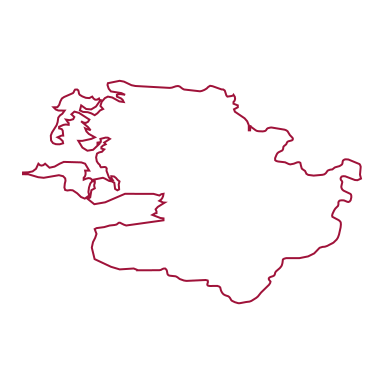 SVG path tracing the border of Mayo
{"feature_id": "IRL-714", "entity_name": "Mayo", "entity_type": "County", "adm_level": 1, "iso_a3": "IRL", "parent_name": "Ireland", "parent_adm1": "", "projection": "natural_earth1", "projection_center": [-9.466, 53.907], "detail": "fine", "context": "isolated", "style": "outline", "palette": "rose", "viewbox_px": 384, "rotation_deg": 0, "n_neighbors": 0, "source": "natural_earth", "source_scale": "10m", "svg_char_len": 5895}
<svg xmlns="http://www.w3.org/2000/svg" viewBox="0 0 384 384"><path d="M137.2,270.3L137.2,269.9L133.7,268.5L119.7,269.4L111.0,266.8L94.6,259.1L91.8,247.6L93.0,242.1L95.2,237.8L96.5,233.9L94.7,229.1L96.6,228.1L104.2,227.1L109.7,225.5L114.5,225.0L116.6,224.5L118.7,222.8L119.9,222.7L123.9,224.7L126.2,225.5L163.5,220.3L163.5,218.4L160.4,218.0L152.4,214.9L155.2,213.3L156.5,213.1L156.5,211.4L155.6,209.3L157.8,206.9L164.7,202.6L163.1,202.5L159.4,200.8L161.0,199.7L162.2,198.2L163.1,196.1L163.5,193.8L161.3,194.2L159.4,195.5L153.6,193.9L125.0,193.8L105.2,202.3L94.3,204.2L87.7,198.9L90.2,197.4L91.4,190.2L94.8,188.3L94.2,186.0L94.2,184.8L94.8,183.0L94.8,181.4L93.3,181.4L93.3,179.7L102.9,177.8L104.7,178.5L109.1,180.9L111.9,181.4L114.3,182.8L115.1,188.9L117.4,190.3L119.1,189.4L119.0,187.3L118.7,184.5L119.5,181.4L117.6,179.9L116.0,178.0L114.1,176.5L111.3,176.2L111.3,177.8L112.5,179.7L110.2,179.1L108.9,177.2L106.5,170.8L106.7,168.4L105.7,167.2L104.4,167.0L101.0,167.3L100.3,166.4L99.7,164.8L98.2,163.4L96.8,161.3L96.1,157.4L97.0,153.6L99.2,152.4L101.9,151.8L104.2,149.4L101.4,148.5L101.4,147.0L103.1,145.5L105.7,144.3L104.2,142.6L109.9,138.9L107.9,137.7L105.6,137.6L100.4,138.9L100.9,141.0L100.7,142.0L99.6,142.3L97.5,142.6L97.5,144.3L98.9,144.3L93.1,149.8L87.4,150.7L82.4,147.6L78.3,140.8L82.2,140.9L91.3,138.9L94.9,137.3L88.8,133.9L86.4,131.4L85.2,128.4L86.5,129.0L89.3,129.7L90.6,130.3L88.1,127.2L81.1,121.3L83.8,122.7L86.2,122.8L88.1,121.7L89.4,119.6L79.0,112.9L74.4,111.6L71.4,114.3L74.3,117.0L73.2,119.2L69.8,120.2L66.0,119.6L67.8,122.2L68.7,123.1L68.7,124.8L65.8,124.5L63.4,124.9L59.1,126.8L59.1,128.4L61.7,129.1L62.7,130.6L63.2,135.6L61.5,135.6L57.6,137.3L60.2,138.7L62.7,141.1L63.1,143.3L59.7,144.3L55.9,144.2L53.0,143.1L51.1,140.5L50.8,135.6L52.0,132.5L56.6,125.2L57.6,122.2L58.3,117.6L60.0,115.4L62.3,113.8L64.6,110.6L58.3,110.5L55.8,109.5L53.6,107.3L57.4,107.2L59.2,104.9L60.3,101.5L61.9,98.5L64.1,97.0L73.0,93.1L73.8,92.0L74.3,90.7L75.1,89.6L77.1,89.5L78.3,90.4L78.7,91.9L79.0,93.6L79.7,94.8L82.3,96.4L85.8,97.8L89.3,98.1L92.2,96.6L93.6,98.6L95.2,99.7L97.0,99.7L99.0,98.5L99.3,99.3L99.3,99.7L99.5,99.9L100.5,100.1L96.0,106.5L91.2,109.4L86.2,109.0L81.2,105.4L79.9,110.4L83.0,111.9L87.8,112.2L91.4,113.4L94.7,115.2L97.4,113.3L100.1,110.4L103.1,109.0L100.4,105.9L101.7,101.8L104.9,98.1L107.9,96.6L112.3,97.5L119.3,101.4L123.7,102.0L122.6,99.8L121.0,98.4L116.9,96.6L116.9,94.8L118.9,94.2L120.7,94.1L125.1,94.8L121.4,93.1L110.9,91.4L108.7,88.7L107.5,85.0L107.9,83.2L119.7,80.8L123.9,81.6L131.5,85.2L135.4,86.0L169.8,87.9L172.0,87.6L175.8,86.3L178.0,86.0L179.7,86.5L182.5,88.7L184.1,89.5L200.0,91.3L201.9,90.9L204.4,89.9L206.7,88.5L208.2,87.0L210.1,85.8L212.5,86.2L221.5,89.4L223.3,89.5L224.8,90.6L226.4,95.5L227.4,96.6L231.0,96.1L233.0,95.6L233.5,94.8L234.8,96.8L235.1,98.9L234.6,100.7L233.5,102.0L233.5,103.7L237.8,105.4L237.8,107.3L234.0,109.3L234.9,111.7L244.6,118.3L247.2,121.3L248.8,125.2L248.8,130.3L250.1,130.3L250.3,125.3L250.7,126.6L255.7,130.3L256.9,130.9L258.3,131.2L262.6,131.4L264.1,131.2L265.2,130.9L266.0,130.3L267.0,128.8L267.9,128.2L270.2,127.6L271.5,127.5L284.7,129.7L286.4,130.4L287.6,131.3L289.9,135.1L292.5,137.8L292.9,138.9L292.6,139.8L291.8,140.4L288.4,141.3L287.5,141.8L287.0,142.5L286.2,144.3L283.9,146.2L283.4,146.9L283.1,148.9L282.8,149.7L282.2,150.5L278.5,152.3L277.3,153.4L276.6,154.6L275.1,158.2L275.2,160.2L276.3,161.0L278.2,161.5L285.1,162.3L288.7,164.0L290.2,164.4L293.8,163.7L297.1,162.4L298.2,162.2L299.4,162.3L300.3,162.8L300.6,164.0L300.8,165.1L301.7,168.3L302.1,168.9L305.1,171.0L306.4,173.8L308.2,174.9L313.7,175.6L322.5,174.8L324.4,174.3L325.9,173.1L327.6,170.7L328.6,170.2L330.1,169.7L332.4,169.4L334.5,167.7L335.2,167.3L339.5,166.1L341.3,165.0L342.0,164.4L342.4,163.5L342.7,161.5L343.0,160.6L343.7,160.0L344.6,159.5L345.7,159.3L348.4,159.5L359.5,164.1L360.2,165.2L360.7,166.8L360.0,174.7L361.0,178.6L357.4,180.2L354.9,180.0L345.2,176.3L343.1,176.2L341.6,176.6L340.8,177.8L340.6,178.7L340.8,179.7L342.0,181.2L342.3,182.1L341.3,186.5L341.4,187.6L341.8,188.6L342.2,189.4L343.5,190.6L350.4,193.9L351.0,194.6L351.3,195.8L351.3,197.5L350.6,200.3L349.6,201.5L348.4,202.0L347.3,201.8L344.2,200.5L342.9,200.3L341.5,200.3L339.7,200.6L338.9,201.3L338.4,202.3L338.4,204.5L338.0,205.9L335.3,208.6L334.1,210.5L332.5,213.9L332.1,215.6L332.4,216.8L338.8,220.2L340.2,221.5L340.7,222.4L340.9,224.4L340.6,227.4L339.0,234.6L337.9,237.6L336.7,239.5L333.4,242.7L327.0,246.0L324.9,246.7L322.5,246.9L319.6,247.8L314.2,253.4L308.1,256.4L299.6,258.1L286.3,258.1L284.1,258.7L282.9,259.5L282.5,262.7L282.3,263.7L281.7,265.6L280.9,266.8L279.8,268.1L276.0,271.4L275.2,272.6L275.0,273.8L274.3,275.4L272.9,276.2L270.7,276.9L269.5,277.5L268.8,278.3L268.8,279.2L269.2,280.0L270.5,281.5L270.2,282.9L269.1,284.7L261.1,292.5L257.9,296.5L256.2,297.9L251.4,300.9L249.5,301.6L246.2,302.0L239.8,303.2L238.3,303.2L234.9,302.2L232.0,300.8L231.3,300.2L229.9,297.8L229.1,296.9L228.3,296.3L225.3,295.3L223.5,294.3L222.2,292.8L221.4,291.4L220.9,290.2L220.2,287.4L219.1,286.5L217.2,285.9L209.8,286.0L208.1,285.7L207.4,285.0L207.3,284.2L207.9,282.3L207.9,281.4L207.7,280.5L205.6,280.0L186.4,280.9L183.9,280.5L179.7,279.0L177.5,277.3L176.3,276.6L175.5,276.3L169.9,275.7L168.8,275.4L168.0,274.8L167.5,274.0L166.9,270.8L166.4,269.7L165.2,268.5L164.0,268.5L162.7,268.9L160.9,269.9L159.4,270.2L137.2,270.3ZM83.7,179.7L86.1,178.7L88.4,178.1L90.4,178.4L92.0,179.7L92.0,181.4L90.3,183.5L89.0,187.5L88.4,192.0L89.2,195.5L84.8,198.6L81.0,197.0L77.2,193.3L72.7,190.3L70.1,190.1L67.4,190.5L65.2,190.0L64.4,187.5L64.8,183.7L65.5,180.8L65.2,178.4L63.1,176.2L58.9,175.2L43.7,177.8L38.2,177.2L28.4,174.3L23.0,174.2L23.0,172.5L28.2,172.3L32.6,171.4L36.0,168.8L38.4,163.7L40.0,165.2L41.6,165.6L43.4,165.1L45.1,163.7L49.5,167.7L54.6,166.6L59.7,163.7L63.8,161.9L81.3,162.4L85.1,163.7L89.2,170.6L85.1,170.6L85.6,172.7L85.5,174.7L84.9,176.4L83.7,177.8L83.7,179.7Z" fill="none" stroke="#9f1239" stroke-width="2"/></svg>